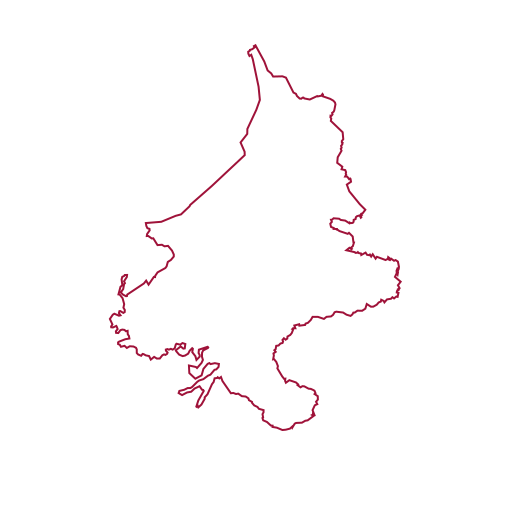 Contepec, Michoacán, Mexico (Natural Earth projection), rotated 228°
{"feature_id": "50627088B15028424096035", "entity_name": "Contepec", "entity_type": "district", "adm_level": 2, "iso_a3": "MEX", "parent_name": "Mexico", "parent_adm1": "Michoacán", "projection": "natural_earth1", "projection_center": [-100.227, 19.961], "detail": "fine", "context": "isolated", "style": "outline", "palette": "rose", "viewbox_px": 512, "rotation_deg": 228, "n_neighbors": 0, "source": "geoboundaries", "source_scale": "gbopen_adm2", "svg_char_len": 6156}
<svg xmlns="http://www.w3.org/2000/svg" viewBox="0 0 512 512"><g transform="rotate(228 256 256)"><path d="M381.5,389.5L386.1,388.8L395.0,392.3L413.0,396.6L413.4,394.9L412.0,394.4L412.2,391.6L413.2,389.4L412.7,388.8L413.0,386.9L411.5,385.7L409.0,385.0L408.7,387.1L404.4,385.3L380.1,371.2L369.4,363.3L364.4,354.0L356.2,334.6L352.6,331.2L350.7,320.5L341.1,317.3L338.5,315.1L337.6,270.1L338.0,241.3L337.4,239.9L337.1,228.1L339.6,223.2L344.8,208.5L354.2,196.2L351.7,194.6L349.3,193.9L347.5,195.0L346.2,194.1L345.2,189.8L343.9,188.2L343.0,189.3L338.7,190.3L337.9,191.5L330.0,190.1L327.3,193.6L324.4,194.5L322.4,197.4L316.2,197.2L312.1,195.9L310.6,194.5L310.0,190.1L310.6,186.5L308.1,182.6L307.7,180.6L309.7,171.9L308.7,167.8L307.9,166.9L308.8,166.1L306.6,157.0L311.2,157.9L310.6,154.3L313.5,134.5L312.6,133.3L313.1,132.5L316.4,131.3L319.4,131.2L320.3,135.2L323.4,139.2L323.5,140.4L325.5,141.0L326.8,145.9L328.2,147.5L329.7,145.7L329.4,144.6L330.0,142.7L328.6,140.5L323.7,137.1L323.8,134.7L319.5,128.1L318.5,128.9L313.9,128.6L308.4,125.8L306.3,122.9L303.7,122.4L302.2,120.9L302.5,119.3L305.9,118.3L306.4,117.6L305.3,115.9L302.6,115.6L303.3,114.2L307.9,112.1L308.2,110.3L307.0,105.3L301.2,103.5L300.6,101.2L299.9,100.7L298.6,101.9L297.5,105.4L296.6,105.2L294.3,104.3L293.8,101.5L292.5,100.6L290.9,102.1L291.6,105.6L290.8,107.4L289.1,108.8L287.1,109.0L286.3,110.5L283.6,108.3L281.7,108.1L279.4,106.7L281.6,103.2L284.0,96.9L284.1,95.7L282.8,94.6L281.2,95.4L278.9,94.9L277.2,98.2L274.1,98.5L273.4,101.8L270.7,104.4L268.1,105.4L266.4,104.9L263.7,102.5L261.7,102.5L258.7,103.9L259.1,106.2L258.3,106.8L255.9,107.6L253.2,109.6L249.4,108.5L249.2,112.8L246.1,113.7L244.2,115.9L244.9,120.0L244.4,121.8L243.1,122.5L242.8,124.5L243.4,125.7L245.9,125.7L246.8,126.4L246.1,127.9L244.7,128.6L244.0,130.6L242.2,131.4L241.8,133.8L243.9,137.2L244.0,138.2L240.8,140.4L240.5,143.1L237.9,144.6L235.0,141.2L235.8,140.0L239.2,139.5L239.6,133.3L238.6,133.0L234.1,132.9L230.7,134.5L229.5,136.6L228.8,140.2L230.0,143.4L230.2,146.9L229.3,147.0L227.2,144.3L222.1,143.9L218.6,142.2L218.9,146.8L220.1,147.9L222.3,148.4L224.6,150.9L220.9,159.3L220.0,159.3L219.8,158.7L221.2,153.5L220.2,151.2L217.4,148.5L214.3,147.0L213.0,144.0L212.2,137.2L213.7,137.1L219.5,132.9L213.6,128.1L205.4,128.8L203.7,135.7L207.3,141.4L208.2,147.9L207.6,149.7L206.1,149.9L203.9,153.7L200.6,156.2L198.6,153.9L198.3,150.6L199.2,149.0L198.3,142.7L199.2,140.2L199.7,134.5L201.5,130.5L201.8,128.3L201.4,120.8L201.8,118.9L203.6,116.8L204.6,113.2L207.0,108.8L205.9,106.8L202.1,108.0L200.7,113.5L198.5,117.0L198.6,121.7L197.0,126.9L192.7,126.4L191.8,127.1L190.7,126.9L187.2,116.4L184.0,110.9L183.5,111.0L183.5,112.4L182.1,111.9L182.1,116.0L184.2,122.3L185.3,123.3L185.7,127.4L190.2,137.5L190.7,140.2L192.8,143.4L191.3,145.6L191.5,146.4L189.6,146.8L189.5,149.0L185.5,147.4L170.8,145.5L169.4,147.5L166.8,148.8L165.6,150.7L161.3,151.7L158.5,154.3L155.3,155.1L153.6,154.3L150.2,155.4L149.5,154.8L146.2,154.7L142.8,156.1L140.5,155.9L136.4,158.5L134.8,157.0L134.1,155.0L131.3,153.3L131.3,152.4L129.1,151.4L125.3,153.1L120.1,153.6L118.8,154.8L117.9,153.9L114.5,156.6L109.0,159.2L107.0,161.9L105.0,165.7L105.0,168.7L104.2,168.3L105.5,172.6L105.1,174.1L101.4,178.6L100.6,182.4L99.3,184.4L98.6,191.8L100.3,191.3L100.1,192.1L100.9,193.0L99.7,193.4L103.6,194.9L105.7,199.8L104.9,202.4L107.5,203.1L107.9,205.9L110.5,208.1L114.2,207.2L114.2,208.4L116.7,209.3L117.8,209.0L120.6,207.8L122.2,206.3L126.8,204.7L128.2,203.4L128.6,201.2L132.3,200.5L132.4,201.4L135.3,201.1L141.4,197.7L141.8,193.4L143.8,194.1L145.2,195.7L145.8,194.7L149.0,194.9L158.2,196.7L159.5,198.6L163.7,200.2L167.5,200.4L167.8,199.7L170.1,202.7L171.9,203.8L171.6,206.5L173.7,206.6L173.6,208.2L175.7,210.9L174.4,212.9L174.6,215.6L173.6,217.5L174.3,218.9L175.9,219.5L176.2,221.7L174.0,222.0L173.7,224.0L175.1,225.5L174.4,228.6L174.8,231.0L176.6,234.6L177.4,234.2L177.5,235.3L176.0,236.9L178.7,238.0L176.4,242.4L175.2,241.6L171.9,246.4L172.6,247.6L171.6,249.8L171.8,253.9L172.9,257.3L169.3,261.3L163.8,264.4L163.6,267.7L160.9,271.3L160.7,273.9L161.6,276.8L160.9,278.4L155.7,282.9L151.8,284.0L148.2,286.2L148.1,288.5L148.8,290.5L147.9,291.5L147.5,294.8L144.3,298.2L143.7,302.0L146.2,306.2L141.4,307.5L139.9,309.2L139.0,313.1L139.4,316.1L138.6,318.3L139.7,319.8L137.2,320.8L135.6,320.4L136.1,324.3L133.9,327.7L134.1,329.8L132.1,330.2L132.0,333.2L130.9,333.9L133.3,337.2L134.7,336.2L135.6,337.3L135.4,339.4L136.3,339.3L136.1,341.2L139.3,341.9L140.1,346.3L147.5,345.3L149.0,348.9L147.4,348.7L148.7,350.4L149.6,349.5L151.0,350.6L151.9,352.4L150.3,352.1L150.9,353.4L152.3,355.0L156.9,357.7L159.6,357.0L160.1,355.4L163.4,354.7L163.3,352.8L164.8,352.2L164.9,353.8L166.7,353.5L165.7,352.2L166.3,349.6L174.5,345.3L174.0,343.1L179.2,343.9L178.5,341.2L180.8,341.6L180.7,340.8L182.6,339.3L185.2,339.7L186.3,334.9L187.6,335.7L189.4,334.3L190.7,334.3L190.6,333.5L191.8,332.0L192.7,332.0L199.8,327.0L199.6,330.9L197.2,331.5L197.2,332.0L198.6,331.9L198.5,334.5L200.5,337.9L201.0,337.6L205.8,340.9L211.0,340.6L211.1,339.0L218.7,334.7L220.8,334.2L221.6,333.6L221.5,332.9L222.1,334.0L224.2,331.8L224.8,332.5L227.4,331.2L230.3,332.8L230.6,335.2L232.7,336.0L232.1,336.8L232.1,338.9L228.1,342.7L226.1,343.1L222.6,346.0L217.9,347.3L218.2,348.0L217.1,348.3L215.9,350.0L216.1,351.4L217.5,352.8L216.8,354.7L218.0,356.2L218.0,357.7L216.8,360.2L214.3,359.5L214.3,360.2L215.6,360.7L215.6,361.9L216.7,361.6L217.0,362.4L216.4,363.9L217.2,368.2L225.1,367.8L241.6,368.6L248.3,371.3L247.6,376.3L250.0,377.8L250.6,377.8L250.8,376.6L254.0,376.9L255.4,375.4L256.2,377.5L257.2,377.8L258.0,379.0L260.1,379.8L263.2,377.6L264.6,379.9L270.9,378.7L274.7,382.8L277.0,390.0L278.9,390.7L279.2,392.1L280.9,392.9L281.2,394.8L282.2,396.1L282.8,395.7L284.0,396.7L284.4,399.0L290.0,403.2L306.3,402.0L307.8,403.9L309.3,404.1L310.4,405.3L309.7,405.8L310.0,407.6L311.4,408.3L311.3,410.4L312.0,411.8L315.5,416.5L317.2,417.4L319.7,417.4L323.1,416.3L330.0,412.5L331.0,413.7L331.9,413.8L331.4,411.8L333.3,408.6L333.9,408.5L336.3,400.7L340.8,397.3L341.9,397.3L342.5,396.6L342.6,394.9L343.8,393.8L347.5,393.5L349.8,394.2L352.4,393.2L368.5,397.6L371.8,395.9L377.9,388.8L381.5,389.5Z" fill="none" stroke="#9f1239" stroke-width="2"/></g></svg>